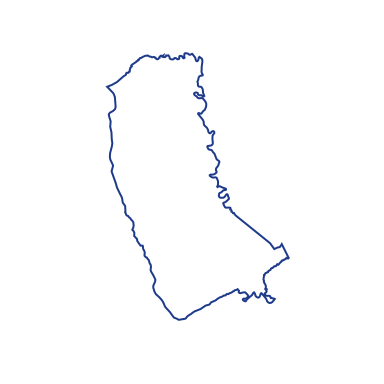 outline of Khun Tan, Chiang Rai, Thailand, rotated 133°
{"feature_id": "78962969B25374198487057", "entity_name": "Khun Tan", "entity_type": "district", "adm_level": 2, "iso_a3": "THA", "parent_name": "Thailand", "parent_adm1": "Chiang Rai", "projection": "orthographic", "projection_center": [100.257, 19.884], "detail": "fine", "context": "isolated", "style": "outline", "palette": "blue", "viewbox_px": 384, "rotation_deg": 133, "n_neighbors": 0, "source": "geoboundaries", "source_scale": "gbopen_adm2", "svg_char_len": 6003}
<svg xmlns="http://www.w3.org/2000/svg" viewBox="0 0 384 384"><g transform="rotate(133 192 192)"><path d="M174.3,76.3L168.9,90.8L170.6,90.4L172.5,90.3L174.3,91.6L177.6,92.9L176.2,100.0L179.4,144.2L179.1,146.1L178.7,146.7L179.5,147.7L179.2,148.4L179.5,149.8L178.5,150.5L178.4,151.6L178.7,152.1L177.6,152.7L177.4,153.2L177.7,153.8L180.4,156.6L180.6,157.5L179.7,160.1L178.9,161.5L178.3,161.6L177.1,160.9L175.6,160.5L171.9,160.3L171.2,161.0L170.6,162.5L169.6,164.1L169.7,164.9L170.3,165.2L173.5,164.8L174.8,165.2L176.5,166.9L177.0,167.8L176.9,169.2L176.1,170.1L174.7,171.0L173.9,171.1L172.4,170.4L169.3,170.2L167.5,168.7L166.9,168.9L166.6,169.2L166.6,169.7L168.1,173.2L168.9,175.7L169.3,176.1L171.0,176.7L170.9,177.2L168.7,178.1L166.9,179.8L166.1,180.8L164.9,183.4L164.9,184.1L165.4,185.0L166.6,185.9L167.6,187.3L167.9,188.6L168.0,190.1L167.6,190.5L167.0,190.5L164.5,188.2L163.1,187.6L161.2,187.4L160.4,187.8L159.8,189.3L158.7,190.3L157.7,190.6L154.9,190.8L151.3,192.5L150.9,193.5L151.2,195.0L151.2,196.5L148.7,201.6L148.5,204.0L148.0,205.9L148.2,206.9L149.0,207.8L149.4,208.9L149.2,210.0L148.6,211.5L148.1,211.9L147.7,211.9L144.9,209.7L143.9,209.5L142.8,209.6L141.6,210.5L139.5,213.0L137.0,215.2L136.1,215.6L133.8,215.8L132.9,216.7L132.8,217.7L133.3,218.3L134.4,218.7L136.4,218.6L137.0,219.2L137.1,220.3L136.8,221.1L135.8,222.4L135.2,223.9L134.8,225.4L134.9,227.9L134.7,228.9L134.1,229.9L132.7,231.3L131.8,233.3L130.8,240.6L130.3,241.1L129.6,240.9L129.1,239.4L128.2,238.6L125.4,239.0L123.2,238.7L120.1,239.8L118.1,241.4L117.3,242.4L116.6,244.3L116.2,247.7L116.7,249.0L118.8,250.9L119.1,251.7L119.2,252.3L119.0,253.8L119.3,256.2L119.0,257.2L118.5,257.7L117.8,257.7L116.7,257.2L116.1,256.5L115.7,255.3L116.5,254.2L116.5,253.2L116.0,252.3L114.9,251.2L114.5,249.0L114.0,248.6L113.4,248.5L112.0,251.4L109.8,253.9L109.3,254.8L108.9,256.3L108.9,257.1L110.2,258.8L110.3,259.6L109.8,260.6L108.4,261.9L107.7,263.2L105.6,264.0L104.2,265.0L102.5,265.5L101.0,264.9L99.6,263.8L99.1,263.9L98.8,264.2L98.5,265.6L97.6,267.0L93.3,270.7L89.8,273.1L88.1,274.9L87.8,275.7L88.1,278.7L89.1,278.7L90.6,277.7L92.0,277.2L92.6,277.3L93.2,277.9L93.2,278.6L91.5,281.5L90.8,286.0L91.0,286.3L92.7,286.8L93.4,287.5L93.5,289.3L94.9,291.4L95.7,291.8L96.4,291.6L98.2,290.1L98.9,289.0L99.2,289.0L99.8,289.2L100.1,289.6L100.1,290.2L99.5,291.7L99.9,292.7L100.6,293.6L101.2,293.8L101.7,293.6L103.2,292.3L103.8,292.3L104.2,292.6L104.9,293.3L105.0,294.8L105.5,295.8L105.9,296.1L107.4,296.1L108.2,296.5L108.9,297.3L109.4,298.4L109.5,299.3L108.4,301.0L108.2,302.5L108.6,302.7L109.0,303.2L109.4,303.3L109.6,303.8L109.9,303.6L110.2,303.9L111.4,303.6L112.0,303.9L112.6,304.7L113.0,305.5L111.7,306.1L112.6,306.3L112.9,306.7L113.3,306.6L113.2,307.3L113.7,307.8L115.1,307.9L115.7,307.7L115.9,307.3L116.5,307.6L117.7,307.4L118.5,307.8L118.8,308.2L119.0,309.1L118.7,310.1L119.0,310.6L118.8,311.0L119.3,312.1L120.8,313.1L121.1,314.4L121.9,315.5L122.3,317.5L123.1,317.9L124.1,319.0L126.7,320.1L128.8,320.7L129.0,321.0L129.8,321.4L130.5,321.2L132.1,321.5L132.3,321.0L134.4,321.7L134.7,321.5L139.4,322.6L140.9,322.7L141.1,322.6L141.2,321.7L143.4,321.8L143.7,321.3L144.8,321.0L146.1,319.9L146.6,320.1L146.9,319.8L147.2,320.0L148.1,319.8L148.7,320.2L149.0,320.9L149.7,321.1L150.1,321.1L151.0,320.4L151.6,320.3L154.2,321.0L162.3,321.8L163.6,322.1L168.2,323.6L172.9,325.8L173.4,317.1L173.8,315.8L175.2,313.1L180.9,306.9L182.4,305.5L184.1,304.8L186.6,305.0L190.0,306.1L191.2,306.0L192.2,305.6L193.7,303.4L195.8,299.7L200.1,296.3L203.3,291.6L208.1,286.7L210.7,283.5L213.3,281.7L219.3,278.5L222.7,275.7L224.1,273.6L226.0,268.8L226.7,267.6L231.0,265.3L231.8,264.8L232.3,263.9L237.5,253.8L239.8,250.1L242.1,244.3L243.5,240.4L244.2,238.9L247.0,235.4L247.8,231.4L251.4,227.6L252.4,227.2L252.5,226.5L253.5,224.7L253.6,223.4L253.1,222.3L253.4,221.1L253.3,219.0L253.7,217.9L253.7,216.2L254.2,214.2L256.5,211.6L258.3,210.6L260.3,209.9L260.4,208.2L261.1,206.4L263.6,204.3L263.9,200.0L264.6,199.4L265.2,198.4L266.3,193.3L266.2,192.9L265.0,191.7L265.0,191.1L266.6,189.3L267.1,188.5L267.6,186.7L268.3,185.6L269.2,184.6L270.3,184.0L271.1,183.0L271.1,180.9L270.7,180.2L271.1,179.3L271.3,177.1L273.2,174.0L273.2,173.1L273.6,172.3L274.9,170.8L276.8,169.5L277.6,168.7L278.5,166.5L278.9,164.7L280.2,161.1L281.1,159.0L282.6,157.9L287.1,156.3L288.5,154.9L290.3,151.8L291.3,148.9L291.3,143.8L291.7,139.9L292.9,136.3L294.0,134.2L294.4,132.5L294.9,126.1L296.2,119.7L295.0,116.6L294.5,114.5L289.7,110.8L288.6,110.3L286.7,110.6L285.5,110.5L282.0,109.6L277.8,108.8L271.7,105.9L265.8,104.6L262.6,102.6L261.8,102.5L259.8,102.8L255.1,100.8L252.7,100.5L250.0,99.7L248.2,98.7L245.7,98.0L245.3,97.4L244.8,97.0L242.9,97.0L241.9,95.8L240.3,95.5L239.9,95.1L238.1,94.4L236.6,94.2L236.0,93.7L234.9,93.8L232.8,92.5L232.0,92.4L232.2,90.3L233.4,89.6L233.5,88.4L233.1,87.7L230.0,85.7L229.2,84.7L229.1,83.5L229.4,80.6L229.6,80.1L230.2,79.7L232.1,79.6L233.6,80.2L234.8,81.5L235.8,81.6L236.1,81.4L236.3,80.6L236.0,79.2L235.6,78.5L235.1,78.2L233.0,78.6L226.3,77.8L223.9,78.4L223.1,78.2L223.4,76.7L224.6,74.7L224.7,73.1L224.2,71.6L223.5,71.2L222.6,71.1L221.6,71.4L219.4,72.5L218.9,72.4L218.6,72.1L219.4,65.6L219.9,64.0L220.6,62.7L220.8,61.5L220.4,59.7L219.1,58.6L217.5,58.2L213.8,58.5L214.0,59.3L215.0,60.9L215.1,61.5L215.8,62.0L215.6,62.8L215.0,63.5L215.0,64.0L215.3,64.8L216.7,66.2L217.2,67.0L217.4,68.1L217.1,69.3L216.4,69.6L214.7,69.3L214.2,69.7L213.6,69.8L213.3,70.3L213.2,71.1L212.1,71.1L212.2,71.7L212.7,72.4L211.7,72.7L210.3,74.0L209.4,75.9L209.4,76.6L209.1,77.3L208.8,77.6L208.7,78.2L208.3,78.3L207.9,78.7L207.2,80.1L204.5,82.0L203.8,82.1L203.7,82.6L203.5,82.8L202.8,82.6L201.3,82.9L199.8,82.2L199.4,82.3L198.8,81.8L198.0,82.2L197.5,82.0L197.1,82.1L195.5,81.5L194.2,82.0L193.3,81.8L192.5,81.2L190.6,81.3L190.4,81.0L189.9,80.9L189.1,80.1L188.6,80.3L187.9,80.1L187.1,80.4L186.6,80.4L186.4,79.4L186.2,79.2L182.7,79.4L182.1,79.1L181.1,79.5L180.2,79.2L180.2,78.9L179.3,78.5L178.4,78.5L177.5,77.9L176.6,78.0L176.3,77.7L175.8,77.9L175.2,76.4L174.3,76.3Z" fill="none" stroke="#1e3a8a" stroke-width="2"/></g></svg>